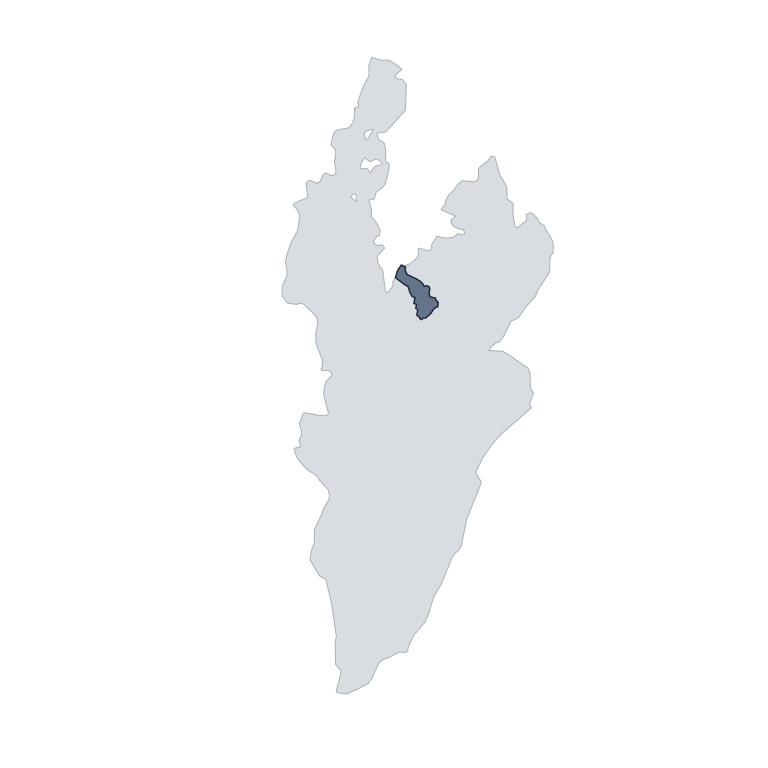 location of Bazar-Korgon, Jalal-Abad, Kyrgyzstan, rotated 110°
{"feature_id": "92254566B21007604083184", "entity_name": "Bazar-Korgon", "entity_type": "district", "adm_level": 2, "iso_a3": "KGZ", "parent_name": "Kyrgyzstan", "parent_adm1": "Jalal-Abad", "projection": "equal_earth", "projection_center": [72.866, 41.193], "detail": "fine", "context": "in_parent", "style": "filled", "palette": "slate", "viewbox_px": 768, "rotation_deg": 110, "n_neighbors": 0, "source": "geoboundaries", "source_scale": "gbopen_adm2", "svg_char_len": 4592}
<svg xmlns="http://www.w3.org/2000/svg" viewBox="0 0 768 768"><g transform="rotate(110 384 384)"><path d="M175.2,454.8L177.1,453.6L182.9,452.4L194.6,451.2L198.6,452.1L206.7,457.0L212.8,456.4L214.0,457.0L216.3,461.1L224.9,455.1L231.0,453.3L234.3,447.3L240.9,440.1L246.6,439.0L246.7,440.1L247.8,441.2L253.6,442.8L255.3,440.9L256.3,438.3L254.3,434.2L254.2,432.4L256.1,429.9L265.3,433.8L267.4,433.7L271.6,431.5L275.4,427.6L276.8,424.6L295.8,414.7L297.1,412.9L296.8,411.6L288.9,409.2L285.3,410.5L282.0,410.5L280.0,409.1L270.4,408.5L268.3,407.5L261.9,400.4L254.0,395.9L250.2,396.1L245.6,398.0L244.2,397.1L243.9,390.4L242.9,386.4L240.2,385.4L236.7,387.0L227.1,384.8L226.0,376.3L222.4,368.9L217.3,365.9L217.1,361.5L215.3,359.6L213.8,360.1L211.8,362.4L212.8,367.3L212.0,372.2L210.8,374.7L208.6,376.6L206.1,376.6L201.7,374.1L200.9,389.1L200.0,390.0L194.8,387.9L190.6,388.8L184.3,387.9L179.6,385.4L170.5,382.6L166.1,379.9L163.6,369.8L161.1,366.3L158.7,365.5L149.0,369.0L139.0,362.8L134.1,361.6L132.8,359.7L133.0,357.4L148.3,346.3L154.4,338.6L158.2,335.4L167.8,331.9L170.0,324.9L170.8,324.1L180.6,320.7L191.5,314.6L191.7,312.9L190.6,311.4L180.9,305.8L176.0,308.4L173.0,305.1L173.1,301.8L176.4,296.1L179.2,293.2L180.4,287.7L184.3,284.0L188.4,278.2L193.4,273.4L202.5,269.9L207.6,271.1L212.3,270.2L219.7,267.3L224.3,267.1L243.2,271.5L249.5,271.7L264.2,277.5L275.8,280.3L281.4,285.9L299.9,288.3L305.0,290.0L306.8,292.6L312.1,296.0L316.6,296.8L312.6,283.5L314.2,275.6L319.9,254.1L323.0,250.9L338.0,244.8L341.4,240.4L352.2,240.4L354.5,239.6L355.7,237.1L389.3,255.9L402.0,261.2L419.5,266.0L434.4,267.6L436.9,266.5L442.7,259.1L445.5,258.8L482.3,260.1L508.6,256.2L512.4,256.4L522.3,260.6L553.4,261.8L565.7,264.5L585.1,263.5L593.2,264.0L608.1,269.3L613.3,270.5L622.9,271.3L626.6,270.4L628.7,271.6L631.0,278.3L640.4,286.9L643.9,291.4L647.4,293.3L664.7,294.7L671.2,296.5L687.8,312.6L690.1,322.0L688.6,324.0L671.6,325.3L667.9,326.7L664.0,333.7L641.5,342.2L638.1,342.1L608.1,358.2L587.3,371.9L586.6,378.5L574.6,393.5L565.4,395.3L557.5,395.0L544.6,399.6L528.0,398.0L522.3,398.2L511.4,396.2L507.0,397.3L502.4,400.3L496.2,412.3L493.6,415.1L492.5,417.9L491.6,423.7L489.3,429.9L484.0,439.3L479.4,443.7L475.1,446.4L471.6,440.7L466.0,444.7L460.7,443.9L457.5,445.0L450.1,450.0L439.2,449.9L438.0,448.1L435.7,434.4L433.7,427.9L432.1,426.4L430.2,426.3L414.7,437.1L407.5,439.0L401.5,439.3L393.7,436.1L392.0,436.9L390.7,438.6L390.2,440.9L392.5,447.0L391.9,448.2L388.3,448.1L383.4,449.5L368.5,462.2L359.1,465.6L350.3,466.9L345.1,469.2L342.1,473.9L336.4,487.1L336.6,489.8L339.1,493.4L340.9,501.4L340.5,503.4L335.8,510.1L329.8,512.0L325.0,513.0L316.0,512.2L311.3,513.5L302.7,518.5L295.7,519.5L282.3,519.6L269.3,517.7L265.0,518.3L253.4,521.3L249.4,526.0L247.3,530.3L246.2,530.9L241.5,526.9L235.7,520.2L232.7,520.3L222.3,525.8L220.8,525.7L217.8,523.5L218.2,514.9L214.9,513.2L207.8,512.7L205.4,510.8L206.2,505.3L205.4,503.2L203.6,501.6L199.9,502.0L192.4,506.6L183.7,508.2L180.7,509.7L177.3,515.8L165.7,517.0L162.0,515.7L155.1,504.5L149.1,502.8L143.0,503.2L134.7,506.1L132.7,503.7L130.6,503.0L128.6,505.0L118.4,505.3L108.1,505.0L102.2,503.7L98.4,503.8L90.7,506.9L81.4,507.4L80.6,497.0L77.9,490.0L80.8,478.4L82.5,474.7L89.4,479.0L91.9,478.3L92.6,476.0L91.6,470.8L95.2,465.2L119.7,457.5L146.7,468.7L150.2,476.0L152.5,475.7L156.3,472.4L157.5,466.2L162.9,462.7L174.5,458.5L175.2,454.8ZM188.9,480.3L189.4,479.2L187.4,473.8L190.3,468.8L184.7,468.0L182.0,466.5L178.9,461.4L177.8,461.1L176.2,462.5L175.3,465.9L176.0,469.5L179.9,472.9L178.0,480.1L186.1,480.9L188.9,480.3ZM160.6,485.2L160.4,483.7L158.5,483.0L148.3,481.0L148.7,482.4L152.6,487.8L155.5,488.1L160.6,485.2ZM221.1,476.0L221.7,472.7L215.6,474.7L214.9,476.3L216.9,478.4L219.6,479.2L221.1,476.0Z" fill="#d9dde1" stroke="#a8b0b8" stroke-width="1"/><path d="M310.3,372.7L310.7,370.9L308.7,369.5L307.5,367.2L302.1,364.3L297.3,363.1L294.3,361.6L293.0,359.9L288.8,361.0L287.1,364.3L285.8,365.0L285.7,365.0L286.3,370.4L283.8,372.5L278.8,373.6L277.2,374.7L277.0,377.3L278.5,379.7L276.9,381.3L275.2,384.5L274.1,390.0L273.2,399.7L269.6,403.3L267.9,403.4L267.1,403.6L266.3,405.0L266.6,405.4L266.7,405.8L266.8,406.0L266.7,406.0L266.7,406.3L266.5,406.6L266.4,406.8L266.1,407.4L266.7,408.7L267.6,408.5L268.0,408.7L268.7,409.1L269.5,409.3L270.5,409.6L271.4,409.9L272.3,409.9L272.6,409.6L273.4,410.1L273.8,410.0L275.6,409.9L276.8,409.8L277.6,409.8L278.1,409.8L278.4,409.7L279.7,409.8L280.1,409.5L283.3,399.5L284.3,394.7L289.7,390.4L292.1,387.5L292.4,384.4L298.1,383.4L298.0,380.7L301.9,380.1L302.6,377.7L308.1,376.7L309.2,373.5L310.3,372.7Z" fill="#64748b" stroke="#1e293b" stroke-width="1.5"/></g></svg>